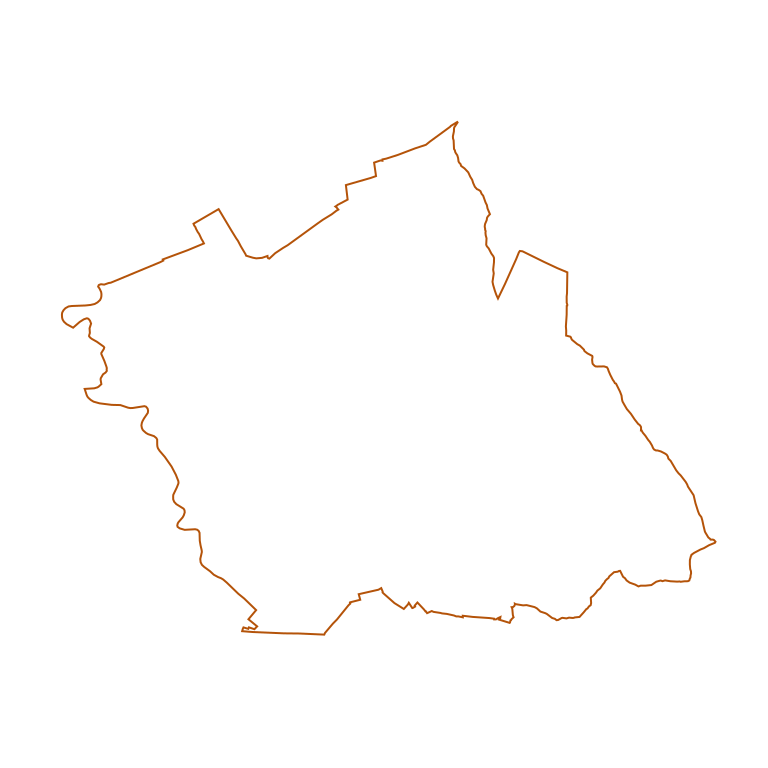 outline of Vorona, Botosani, Romania, rotated 354°
{"feature_id": "2599482B82884010632757", "entity_name": "Vorona", "entity_type": "district", "adm_level": 2, "iso_a3": "ROU", "parent_name": "Romania", "parent_adm1": "Botosani", "projection": "mercator", "projection_center": [26.622, 47.579], "detail": "fine", "context": "isolated", "style": "outline", "palette": "amber", "viewbox_px": 768, "rotation_deg": 354, "n_neighbors": 0, "source": "geoboundaries", "source_scale": "gbopen_adm2", "svg_char_len": 6118}
<svg xmlns="http://www.w3.org/2000/svg" viewBox="0 0 768 768"><g transform="rotate(354 384 384)"><path d="M298.4,627.0L299.3,625.4L308.1,617.0L312.6,613.3L325.6,600.3L327.5,598.9L327.2,598.0L327.4,597.6L337.8,596.1L336.9,590.4L357.0,588.0L359.9,586.7L361.0,590.3L360.8,591.2L361.6,592.2L371.5,603.0L380.2,609.8L384.7,605.8L385.8,604.2L388.7,609.8L389.1,609.8L391.7,608.6L391.4,607.6L394.4,604.8L400.2,612.4L401.4,614.4L401.7,614.3L402.9,616.4L407.8,614.8L409.4,615.8L416.3,617.6L417.7,618.2L422.4,619.2L429.3,621.5L431.6,622.7L433.7,622.9L438.0,624.3L438.1,622.7L447.8,624.9L464.4,627.8L468.9,628.9L468.9,629.6L470.8,629.8L472.8,628.8L475.4,627.9L475.0,629.3L473.9,630.4L484.0,634.7L484.4,634.3L485.1,632.3L485.7,632.1L486.1,631.4L488.5,629.5L488.2,628.7L488.0,627.1L488.1,620.9L487.6,619.3L489.0,619.3L490.4,618.4L491.2,616.9L491.2,616.2L491.9,616.7L499.2,618.7L502.7,618.8L510.4,621.6L512.6,623.1L515.8,626.7L520.3,628.7L521.8,629.6L526.8,634.3L529.4,635.4L530.9,636.9L532.5,636.9L536.2,635.3L537.0,635.2L541.0,636.2L543.6,635.7L547.1,636.4L548.4,636.4L549.2,636.1L554.1,636.1L558.8,631.9L561.7,629.0L562.8,628.6L564.6,626.6L566.4,625.6L567.1,623.5L567.3,618.2L567.6,617.9L570.0,616.4L573.0,613.7L574.6,611.8L577.7,609.8L580.7,606.2L582.5,604.5L583.5,602.9L585.6,601.2L586.9,600.5L587.9,598.9L593.1,595.2L596.8,595.1L598.2,594.5L599.3,594.5L601.6,600.7L603.4,602.4L604.7,604.7L607.5,607.2L612.9,609.8L615.9,611.9L618.2,611.4L623.0,611.9L628.9,611.9L634.1,609.1L638.2,608.4L638.9,608.5L640.3,609.2L643.0,608.7L648.2,610.1L655.0,611.2L657.5,611.3L658.3,611.7L661.9,611.6L665.6,611.9L667.1,611.3L667.9,609.3L668.5,608.6L668.9,606.4L669.6,604.4L669.7,602.3L669.2,600.1L669.3,595.5L669.8,591.1L671.2,587.3L671.7,586.8L671.9,586.0L674.7,584.4L681.4,581.7L685.0,580.7L690.4,578.3L696.5,576.5L697.2,575.5L695.9,573.7L694.8,573.1L692.5,572.9L692.1,572.1L690.5,570.5L688.0,565.1L687.7,564.2L686.9,558.2L686.3,552.7L685.7,549.5L683.9,546.6L683.0,543.4L681.3,535.1L680.3,527.0L675.6,517.9L675.0,515.6L673.8,512.9L669.5,505.9L667.6,503.6L665.6,500.4L661.1,490.5L659.0,487.9L658.7,485.8L657.7,483.8L656.0,482.4L652.3,480.0L649.1,478.7L647.5,478.5L645.9,477.5L645.4,476.8L644.8,475.6L644.1,473.2L642.3,469.3L640.8,467.1L638.6,462.9L636.2,459.3L635.3,457.0L634.7,457.0L635.1,454.4L635.0,453.2L634.0,451.5L632.7,450.4L629.6,445.5L626.4,439.4L622.9,434.3L621.0,430.1L619.4,426.4L619.1,424.3L619.0,420.3L617.9,416.2L614.8,407.9L613.7,407.3L613.0,405.5L612.0,403.8L610.0,398.6L608.7,394.4L608.3,392.4L607.5,390.7L604.7,389.5L597.9,388.9L596.2,388.6L595.2,387.8L593.7,385.9L593.5,384.9L593.5,381.6L594.2,378.9L594.0,377.8L589.5,374.8L587.2,372.6L586.6,371.8L586.5,370.8L582.8,366.3L580.4,364.6L575.6,359.7L575.0,358.4L574.8,357.2L574.2,356.4L570.2,354.9L570.8,350.0L570.9,345.8L572.9,334.2L573.9,325.4L574.4,325.2L574.6,324.5L574.2,322.3L574.8,316.1L575.5,312.9L578.0,292.1L568.5,286.9L555.9,279.3L535.6,266.5L533.0,265.9L531.9,267.2L528.5,273.6L514.7,297.3L506.3,310.9L505.0,307.0L504.0,302.8L502.9,296.9L502.6,293.7L504.7,285.5L504.5,281.8L506.1,274.4L506.6,270.2L506.1,268.4L504.4,265.5L502.3,260.1L500.7,257.8L500.2,256.2L501.2,249.8L500.7,246.8L500.7,244.2L501.1,242.6L500.7,241.3L500.8,240.1L500.6,238.2L500.9,236.6L501.3,235.3L503.3,231.7L503.8,229.6L504.7,228.3L507.1,226.2L505.3,220.2L505.0,216.8L504.0,214.2L502.3,207.1L500.9,205.0L500.1,202.3L498.4,200.8L496.8,199.9L495.0,197.4L493.7,193.5L493.0,190.1L491.5,187.0L489.9,182.3L486.6,178.0L483.5,175.2L483.1,173.3L481.9,171.7L481.4,170.5L481.3,166.9L480.8,164.2L479.6,162.0L479.1,160.8L478.9,159.0L478.2,157.6L478.7,149.0L478.3,147.0L478.4,144.9L479.9,140.2L480.4,136.9L480.8,136.0L484.5,131.6L484.2,131.1L477.5,134.3L476.5,135.2L455.0,147.7L450.7,150.5L439.6,152.9L421.8,157.6L409.8,160.1L405.9,160.5L405.8,161.8L403.9,161.3L397.3,162.8L397.8,176.4L392.3,177.7L366.9,182.2L367.1,196.8L356.6,201.0L355.7,201.7L354.2,202.4L355.3,203.5L356.8,205.8L354.6,206.8L349.7,209.8L340.3,214.3L335.1,217.2L302.7,235.9L297.9,238.1L289.5,242.5L283.1,247.3L281.9,246.8L281.5,245.9L281.5,244.5L275.9,245.8L270.1,245.7L266.8,244.7L260.3,242.0L259.9,240.6L256.0,232.1L253.7,226.3L252.3,223.8L248.4,215.7L237.8,192.8L211.3,204.7L211.8,206.5L212.9,208.4L213.2,209.8L214.6,213.3L215.8,215.4L217.7,220.9L218.8,223.2L219.6,225.4L202.8,230.4L177.0,237.0L177.4,238.2L174.3,239.4L122.8,254.7L120.7,254.8L116.1,255.9L113.0,255.2L111.1,255.6L110.6,255.9L109.9,257.3L111.0,259.2L112.3,262.9L112.4,265.0L112.1,267.2L111.6,268.8L110.4,270.8L107.6,272.9L104.6,274.2L100.4,274.7L95.3,274.7L81.7,273.8L78.4,273.9L75.1,275.3L73.1,277.0L71.9,278.6L71.3,279.7L70.9,281.6L70.8,284.4L71.1,286.3L72.2,288.6L74.6,291.3L80.7,295.5L87.8,290.5L92.2,288.3L95.2,287.6L96.3,287.9L97.2,288.7L98.2,290.3L99.0,293.3L97.0,297.8L96.8,302.5L95.8,304.9L95.7,305.7L96.6,307.1L98.0,308.5L102.9,312.0L109.1,317.5L109.6,318.4L109.0,319.9L106.1,323.6L106.0,324.6L108.3,331.8L109.7,337.5L110.0,339.2L109.7,340.4L109.7,342.0L108.3,343.5L105.6,345.0L102.9,348.7L102.6,350.0L102.9,354.6L99.9,356.8L98.6,357.4L95.4,358.0L85.8,357.6L87.1,363.7L87.7,365.5L88.6,366.9L90.7,369.2L93.3,371.2L99.1,373.5L111.1,376.3L119.6,377.4L127.0,380.8L129.1,381.4L131.5,381.6L143.4,381.0L145.0,381.7L146.3,383.7L146.6,385.8L146.1,388.0L141.7,393.2L139.9,395.8L139.1,397.4L138.4,399.8L138.6,402.4L139.2,404.3L140.0,405.4L142.2,407.8L144.1,409.2L149.8,411.8L151.9,413.9L152.6,415.5L152.1,420.8L152.1,422.6L152.5,424.4L153.9,427.1L158.4,433.6L164.1,443.9L167.5,452.5L169.3,459.0L169.3,460.9L168.9,461.9L167.1,465.3L162.9,472.1L162.6,473.4L162.3,476.7L163.0,479.2L164.9,481.8L171.7,487.1L172.4,488.7L172.4,490.8L171.2,493.6L169.8,495.6L165.1,500.0L164.3,501.1L163.6,503.1L163.8,504.5L165.7,506.2L170.5,508.2L181.0,508.7L183.0,509.4L184.3,510.7L185.0,512.7L184.4,520.7L184.7,525.4L185.3,530.2L185.3,532.0L183.0,538.8L183.0,542.1L184.0,544.8L186.0,547.1L191.4,552.0L194.8,555.9L198.7,558.6L201.6,560.1L203.6,561.6L206.9,565.1L217.2,577.4L222.5,582.7L233.2,595.5L224.6,603.8L232.5,611.8L229.5,614.3L224.2,611.9L223.4,613.3L218.8,611.4L217.9,612.9L217.1,615.0L227.3,616.9L258.3,621.5L273.8,623.3L298.4,627.0Z" fill="none" stroke="#b45309" stroke-width="2"/></g></svg>